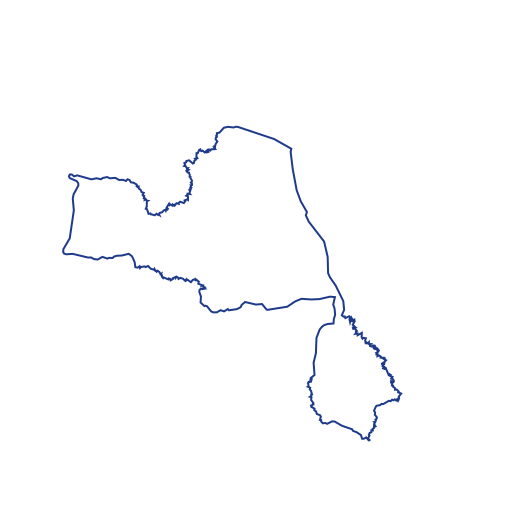 the district of Nikhom Nam Un, Sakon Nakhon, Thailand, rotated 35°
{"feature_id": "78962969B87350252424765", "entity_name": "Nikhom Nam Un", "entity_type": "district", "adm_level": 2, "iso_a3": "THA", "parent_name": "Thailand", "parent_adm1": "Sakon Nakhon", "projection": "orthographic", "projection_center": [103.748, 17.175], "detail": "fine", "context": "isolated", "style": "outline", "palette": "blue", "viewbox_px": 512, "rotation_deg": 35, "n_neighbors": 0, "source": "geoboundaries", "source_scale": "gbopen_adm2", "svg_char_len": 6141}
<svg xmlns="http://www.w3.org/2000/svg" viewBox="0 0 512 512"><g transform="rotate(35 256 256)"><path d="M453.6,289.4L453.8,285.4L450.7,286.1L450.5,285.1L447.8,284.7L446.6,285.8L445.4,284.4L443.4,284.5L442.7,283.6L441.6,284.1L440.3,281.6L439.2,282.2L438.4,280.9L440.9,280.4L440.9,279.7L439.3,278.4L437.1,278.8L437.2,276.8L433.7,277.5L433.2,277.2L434.0,276.2L433.0,276.2L432.6,277.2L426.3,273.2L425.4,273.5L426.3,274.2L426.1,274.8L424.5,275.1L424.2,273.3L422.9,273.6L422.6,272.1L421.5,272.5L420.9,271.9L421.6,270.2L422.7,270.4L421.9,268.8L422.3,266.8L419.5,267.0L420.4,266.3L419.7,265.7L416.3,267.8L415.8,266.8L414.0,266.9L412.9,268.4L412.2,266.9L411.2,267.4L411.1,266.5L410.1,266.4L411.1,264.2L410.8,262.9L408.9,262.3L409.0,263.4L407.7,262.6L407.0,263.9L405.5,264.1L405.0,263.2L406.0,263.3L406.1,262.1L404.6,261.3L402.7,262.5L403.0,263.1L403.8,262.8L403.6,263.4L401.1,264.4L399.9,263.2L400.2,262.5L398.8,263.3L397.9,261.9L397.7,263.1L396.5,263.3L396.8,264.0L395.9,264.6L393.9,262.6L393.2,260.4L391.1,261.3L390.7,262.7L389.1,261.9L386.8,258.3L384.7,262.6L383.6,261.2L382.0,262.8L382.0,261.2L381.1,260.5L381.6,259.6L380.0,259.0L378.0,259.0L377.5,259.9L376.5,259.3L376.5,257.8L377.8,258.2L378.5,257.4L374.7,256.9L374.3,253.4L372.8,253.9L373.8,252.5L373.0,251.6L371.5,253.8L371.4,252.7L369.5,251.8L371.0,256.2L368.9,254.3L368.3,252.3L366.9,251.9L364.8,255.6L363.3,254.6L362.5,255.5L360.3,255.3L359.1,249.6L353.4,242.9L338.2,234.5L328.7,231.0L324.9,228.7L315.2,215.6L303.5,205.1L279.5,197.6L273.5,194.1L272.5,190.8L261.3,185.5L251.7,178.9L236.4,163.9L224.6,150.8L223.4,147.9L203.7,149.8L167.3,160.6L165.4,161.6L163.9,163.6L158.9,166.3L156.1,169.4L155.3,175.9L153.5,177.8L154.6,179.0L154.3,180.0L155.6,180.8L155.1,181.4L155.9,183.5L158.7,184.4L158.7,187.4L159.5,189.5L159.0,190.0L159.8,190.5L159.2,191.0L161.3,191.8L158.1,194.3L158.2,195.8L156.6,196.3L156.2,195.8L155.5,196.6L155.4,197.4L155.9,196.9L157.3,198.1L155.9,199.7L154.8,199.4L154.5,200.6L151.8,200.3L151.3,201.3L150.2,201.5L149.2,200.6L148.6,201.7L149.3,205.1L148.3,205.8L150.2,208.8L151.8,209.5L150.3,211.2L151.5,211.5L150.9,213.2L151.8,215.6L151.4,216.2L152.0,216.5L146.3,216.0L144.5,218.1L145.0,219.3L144.0,220.9L145.8,222.2L145.6,223.4L146.9,222.8L148.9,223.7L149.9,223.0L149.9,224.4L151.3,224.1L150.2,226.2L152.1,226.8L153.0,226.1L155.3,227.6L156.1,229.0L157.0,228.8L157.3,229.6L160.2,230.9L160.9,232.0L160.5,233.2L162.2,233.6L162.8,234.5L162.0,235.4L162.6,235.6L162.9,237.4L163.9,237.3L163.4,240.0L164.2,240.5L164.6,240.0L165.5,242.9L166.3,243.1L164.2,244.2L164.7,245.0L164.3,246.6L166.1,246.1L168.1,249.1L167.1,249.1L165.7,251.3L166.6,251.5L166.5,254.0L162.7,255.1L162.1,257.2L162.7,257.6L160.6,258.4L160.5,261.3L159.6,261.0L159.2,262.3L158.2,261.8L158.3,262.7L156.1,262.9L156.0,263.7L154.8,263.0L155.0,267.5L156.8,267.9L156.5,269.5L155.6,269.2L156.0,270.5L155.3,270.1L154.3,271.6L154.0,274.1L152.4,275.9L152.4,277.3L153.2,277.8L152.5,277.8L152.4,278.5L150.3,278.4L149.8,280.6L146.0,282.1L145.2,281.7L143.8,283.1L139.9,280.2L138.6,280.5L138.2,278.2L135.2,273.8L135.7,272.8L134.5,273.3L133.1,272.7L132.6,273.8L132.2,273.0L131.1,273.1L131.0,272.0L129.8,271.7L129.8,270.9L128.1,271.0L127.8,268.6L125.6,269.3L123.4,267.9L121.3,268.0L120.1,266.4L119.3,267.4L118.1,267.3L118.0,266.3L117.0,265.9L113.3,266.3L111.4,267.4L108.7,266.3L106.7,266.9L106.4,269.1L103.4,269.9L100.1,272.3L95.9,272.7L91.7,276.2L88.8,276.7L85.6,280.1L85.1,282.0L80.8,283.8L77.2,287.6L63.3,292.5L61.3,295.1L58.3,294.9L56.7,296.1L57.0,298.0L58.7,299.0L66.3,297.5L68.6,298.3L70.1,300.2L71.2,310.1L73.0,314.1L80.6,323.1L93.3,348.4L94.3,360.9L95.7,363.3L97.4,364.1L99.5,363.5L104.6,359.4L119.3,353.6L121.7,351.8L125.2,351.4L128.3,349.7L130.7,344.8L135.7,343.4L136.7,341.8L139.7,339.9L140.0,337.9L141.9,335.6L145.9,332.5L150.5,327.2L154.2,327.3L156.0,328.1L160.3,330.8L163.6,334.4L165.7,333.4L166.5,331.2L167.9,332.4L168.1,331.0L170.8,328.4L172.0,328.4L173.3,326.1L177.0,326.8L180.3,325.8L180.2,324.8L182.3,326.0L183.4,324.8L183.8,325.4L184.1,324.6L186.0,324.5L188.2,325.6L188.5,324.9L188.8,325.9L190.0,325.7L190.7,326.9L192.6,327.4L192.6,326.5L196.8,325.7L197.2,324.7L198.1,325.1L198.3,324.1L199.5,324.0L200.1,324.7L201.2,322.2L200.7,321.8L202.2,319.2L202.8,319.8L202.8,318.5L204.7,318.4L205.7,319.2L206.6,317.3L209.3,316.5L211.9,316.9L212.2,315.5L212.8,316.3L213.4,314.7L217.7,314.8L217.9,312.0L218.8,310.6L220.2,310.5L219.8,309.6L223.8,309.8L224.7,311.8L228.6,310.8L228.7,311.5L229.7,310.4L230.5,311.4L232.0,311.1L231.6,312.2L232.8,312.1L230.9,314.1L229.6,314.2L229.2,316.1L230.2,318.0L234.1,320.7L237.3,325.9L242.4,326.6L243.3,325.6L244.8,325.3L251.0,327.1L253.3,326.7L256.2,324.6L258.1,320.7L261.6,319.7L263.4,315.6L265.0,316.0L270.9,310.4L272.8,306.7L272.3,304.4L273.4,300.0L283.8,295.8L288.5,291.9L295.3,293.8L296.3,293.5L310.7,279.6L314.2,270.6L317.8,265.0L326.2,259.9L332.7,254.9L339.9,246.9L344.2,244.4L347.1,251.5L350.5,254.0L354.5,258.7L356.0,263.1L358.2,266.8L353.7,270.6L351.5,273.5L350.6,276.3L350.3,279.6L352.5,288.4L360.8,301.2L364.4,310.4L372.2,319.9L370.8,324.6L371.4,325.8L372.3,325.1L373.1,327.4L372.2,327.8L372.2,329.3L371.9,328.6L371.3,328.9L371.4,330.1L373.9,332.7L373.6,333.3L375.9,332.8L376.6,334.5L378.3,334.8L381.2,337.2L380.7,337.7L381.6,339.1L381.0,340.4L382.5,340.0L383.7,342.3L387.6,343.7L388.1,344.6L387.4,344.8L387.6,346.4L386.9,347.0L387.9,347.9L391.5,347.4L392.2,348.9L394.3,348.8L396.4,350.5L399.7,349.7L401.2,350.3L402.4,353.6L403.5,353.1L404.3,354.2L406.7,354.7L408.6,353.0L410.6,352.6L413.1,347.9L415.3,346.5L424.1,345.7L434.0,342.8L435.9,343.6L439.6,342.6L444.7,342.5L447.7,344.8L449.0,344.0L450.4,341.4L454.1,342.4L455.2,341.2L454.2,341.8L452.4,341.1L452.0,338.1L451.0,337.8L450.6,335.7L451.6,334.2L450.5,332.6L451.7,331.9L450.7,330.7L451.3,329.4L450.3,327.7L451.1,327.9L451.6,326.9L449.1,325.9L449.0,324.4L448.2,324.2L448.9,323.7L448.7,322.3L447.7,321.5L448.2,320.6L447.6,318.8L444.4,317.9L443.4,315.9L441.4,315.0L440.6,310.8L440.6,309.6L443.2,307.0L443.7,305.1L445.1,304.4L447.9,298.4L449.6,297.7L449.9,295.6L451.4,295.3L451.9,293.8L453.7,294.0L453.8,292.4L454.8,292.9L454.5,292.2L455.3,292.3L454.8,290.4L453.6,289.4Z" fill="none" stroke="#1e3a8a" stroke-width="2"/></g></svg>